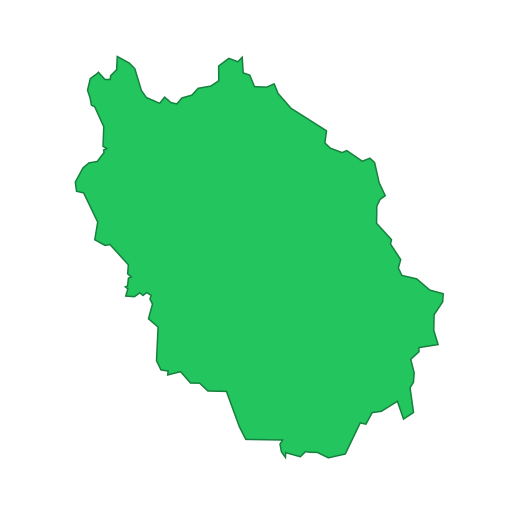 Chashka, Čaška, North Macedonia (Albers equal-area conic projection), rotated 190°
{"feature_id": "65306769B55292490733903", "entity_name": "Chashka", "entity_type": "district", "adm_level": 2, "iso_a3": "MKD", "parent_name": "North Macedonia", "parent_adm1": "Čaška", "projection": "albers", "projection_center": [21.618, 41.602], "detail": "fine", "context": "isolated", "style": "filled", "palette": "green", "viewbox_px": 512, "rotation_deg": 190, "n_neighbors": 0, "source": "geoboundaries", "source_scale": "gbopen_adm2", "svg_char_len": 1689}
<svg xmlns="http://www.w3.org/2000/svg" viewBox="0 0 512 512"><g transform="rotate(190 256 256)"><path d="M242.7,84.9L234.2,73.6L197.9,79.4L199.7,74.9L197.0,67.6L192.0,62.7L192.6,67.5L177.5,66.0L173.3,71.9L168.6,72.1L161.4,73.2L149.7,69.8L133.7,76.5L124.4,109.7L118.5,109.5L114.4,121.9L105.6,124.8L91.5,137.5L82.4,121.0L73.7,129.3L81.4,153.0L79.0,159.0L79.9,168.3L85.7,181.1L78.9,190.0L79.6,194.1L61.3,200.4L68.0,213.6L70.4,229.1L64.2,243.3L65.1,251.4L78.9,252.6L93.8,261.4L109.0,262.2L113.7,268.9L112.9,277.6L125.6,291.1L125.4,295.6L142.9,309.1L145.7,326.1L143.6,333.3L139.2,337.8L147.5,349.7L155.4,368.6L160.8,372.1L167.8,367.8L184.9,375.6L189.1,372.8L201.5,375.1L207.8,379.3L208.3,391.5L247.1,407.5L262.5,419.9L268.0,428.7L274.7,424.2L286.9,422.5L293.6,433.1L300.4,434.1L304.1,449.3L307.5,444.2L317.1,445.9L325.8,436.6L323.1,422.1L330.0,415.5L342.1,411.1L347.1,403.3L356.4,398.8L360.4,392.0L366.4,392.3L373.6,396.6L377.4,389.6L391.6,393.1L397.6,399.1L407.8,419.3L414.2,424.0L427.3,428.4L425.6,415.3L430.4,408.4L430.3,404.5L435.4,403.6L443.1,409.6L444.4,407.7L450.0,402.0L450.7,390.0L446.9,383.0L444.3,376.0L440.8,375.0L428.4,356.9L425.7,337.4L421.5,335.9L424.5,333.9L423.6,331.6L428.8,321.5L436.7,318.7L441.7,312.7L446.8,297.4L444.0,288.6L436.7,288.2L417.8,261.9L417.6,244.0L406.5,240.2L401.8,241.9L380.2,225.2L379.3,216.1L375.1,213.8L377.8,212.0L377.3,204.2L379.3,202.9L376.5,201.4L377.3,193.9L368.7,194.8L364.0,199.5L360.4,197.5L357.3,201.0L352.3,199.0L353.0,195.2L349.6,190.7L351.0,175.5L340.1,169.0L335.8,135.6L329.8,127.3L322.5,127.4L322.3,123.5L310.2,129.0L298.4,119.5L289.5,121.0L279.9,114.7L261.6,117.5L242.7,84.9Z" fill="#22c55e" stroke="#15803d" stroke-width="1.5"/></g></svg>